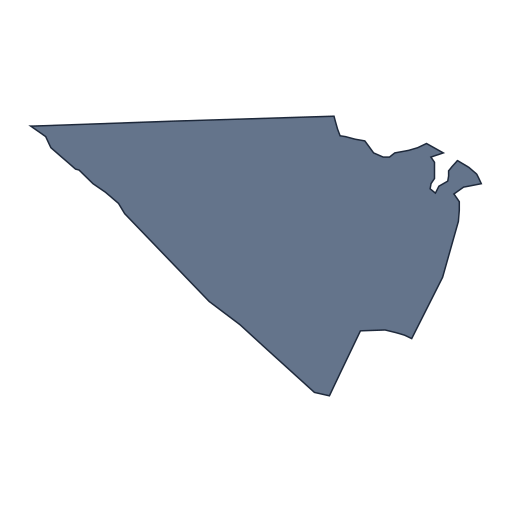 Carjew, Chardzhou, Turkmenistan
{"feature_id": "10190150B55240389541589", "entity_name": "Carjew", "entity_type": "district", "adm_level": 2, "iso_a3": "TKM", "parent_name": "Turkmenistan", "parent_adm1": "Chardzhou", "projection": "natural_earth1", "projection_center": [63.051, 38.709], "detail": "fine", "context": "isolated", "style": "filled", "palette": "slate", "viewbox_px": 512, "rotation_deg": 0, "n_neighbors": 0, "source": "geoboundaries", "source_scale": "gbopen_adm2", "svg_char_len": 1440}
<svg xmlns="http://www.w3.org/2000/svg" viewBox="0 0 512 512"><path d="M223.8,312.5L240.1,324.8L259.4,342.5L267.5,349.9L314.4,392.4L329.4,395.8L329.8,395.0L333.9,386.3L339.2,375.2L339.6,374.3L360.4,330.9L361.2,330.8L384.2,330.0L385.2,330.0L395.8,332.6L399.7,333.7L404.6,335.2L408.2,336.9L411.7,338.6L442.6,277.3L454.0,236.9L458.4,221.4L459.3,210.2L459.3,205.5L459.3,201.7L454.1,194.2L453.9,194.0L463.6,187.1L468.0,186.3L481.3,183.7L481.0,183.0L478.7,178.1L476.8,174.3L476.1,173.6L468.9,167.4L457.9,160.8L457.4,160.6L456.6,161.5L456.3,161.9L452.1,166.5L449.4,169.9L448.6,170.8L448.6,173.6L448.6,175.7L448.6,176.0L447.8,180.8L447.7,181.1L447.1,181.5L438.9,186.2L436.5,191.0L435.4,193.1L435.0,192.8L431.6,190.0L430.1,188.8L430.6,186.1L430.8,185.0L431.0,183.7L432.8,181.0L434.5,178.5L434.5,177.7L434.5,177.0L434.5,172.5L434.5,162.3L432.1,158.8L430.9,157.1L436.7,155.1L437.8,154.8L443.3,152.9L426.5,143.5L418.3,147.4L417.7,147.7L408.9,150.3L405.3,151.0L394.8,152.9L391.7,155.3L389.5,157.1L386.2,157.1L383.7,157.1L383.3,157.1L382.3,156.7L373.6,152.9L368.8,146.3L364.8,140.9L355.1,139.2L345.4,136.6L340.1,135.8L337.7,129.5L337.5,128.9L335.3,121.1L334.0,116.2L333.9,116.2L174.5,121.1L32.7,126.1L30.7,126.1L36.7,130.3L45.7,136.6L48.8,143.3L50.9,147.7L61.8,157.2L66.7,161.4L75.5,169.1L79.0,170.0L87.4,178.2L93.0,183.7L101.3,189.4L105.4,192.2L118.5,203.4L124.7,213.7L209.2,301.5L223.8,312.5Z" fill="#64748b" stroke="#1e293b" stroke-width="1.5"/></svg>